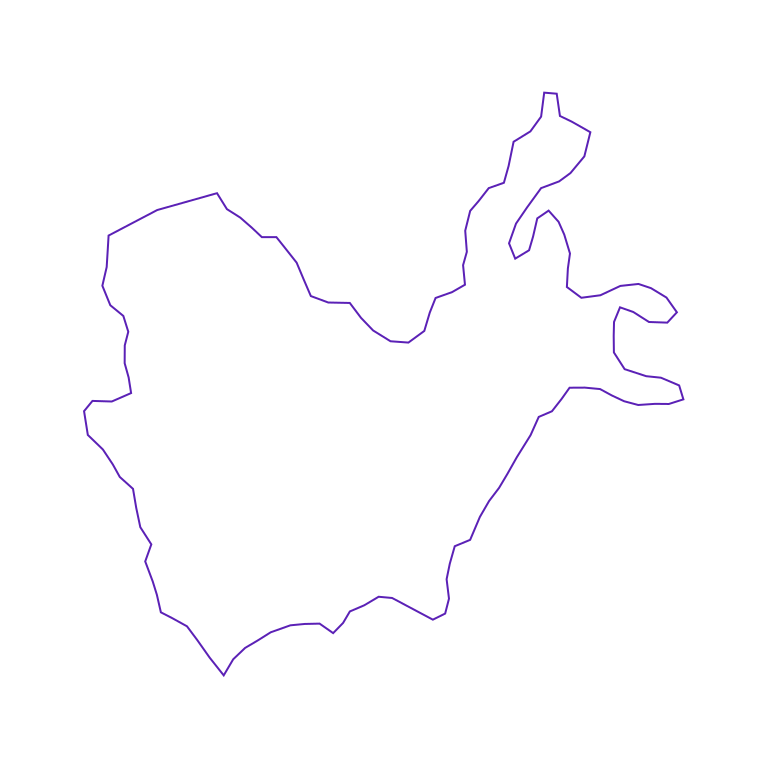 the district of União do Oeste, Santa Catarina, Brazil, rotated 171°
{"feature_id": "56859067B25925090091720", "entity_name": "União do Oeste", "entity_type": "district", "adm_level": 2, "iso_a3": "BRA", "parent_name": "Brazil", "parent_adm1": "Santa Catarina", "projection": "natural_earth1", "projection_center": [-52.874, -26.79], "detail": "fine", "context": "isolated", "style": "outline", "palette": "violet", "viewbox_px": 768, "rotation_deg": 171, "n_neighbors": 0, "source": "geoboundaries", "source_scale": "gbopen_adm2", "svg_char_len": 1877}
<svg xmlns="http://www.w3.org/2000/svg" viewBox="0 0 768 768"><g transform="rotate(171 384 384)"><path d="M632.8,573.7L635.9,559.6L639.6,542.9L646.8,525.1L642.0,504.6L630.8,492.0L628.4,475.6L634.0,462.7L636.9,445.1L635.2,430.4L635.2,414.6L655.6,409.3L674.6,412.9L684.5,404.1L684.5,380.0L671.9,363.3L664.4,346.9L659.5,333.5L648.3,319.7L648.1,300.4L647.1,280.7L638.9,262.0L647.6,246.1L643.3,225.1L641.3,211.3L640.1,193.4L629.7,185.8L616.5,175.5L608.5,160.3L599.0,141.0L587.9,121.3L576.0,135.7L562.4,145.1L549.2,150.3L534.7,156.5L514.2,160.3L499.9,159.4L485.1,157.4L473.2,145.9L461.8,154.4L453.3,164.7L438.2,168.5L422.6,174.7L409.5,171.4L372.6,143.6L359.5,147.7L353.4,161.8L352.7,181.4L347.1,196.3L339.5,212.7L323.3,216.6L310.1,237.7L298.5,252.0L286.6,263.4L276.1,276.0L264.2,291.0L247.2,310.6L236.3,327.3L222.4,330.8L211.0,341.4L201.3,351.3L186.2,349.0L171.4,345.2L160.7,337.0L149.5,329.4L136.2,323.5L119.4,322.0L105.8,319.7L90.7,322.0L92.7,336.4L109.5,346.9L123.8,350.7L144.0,361.0L152.0,379.2L149.6,395.6L147.1,409.3L138.9,422.8L126.5,416.1L112.6,403.8L94.6,400.3L83.5,409.0L91.5,425.2L105.3,436.9L117.0,443.0L135.2,443.9L156.4,437.8L175.6,438.3L188.2,451.2L184.3,469.4L179.9,483.8L182.6,503.4L186.2,516.9L194.3,529.5L206.7,523.6L213.7,506.3L219.8,493.4L234.8,487.3L238.5,503.4L228.5,521.8L214.9,536.2L198.2,552.9L179.4,556.7L166.8,563.2L150.5,577.5L140.8,600.4L157.6,613.8L168.3,621.2L168.0,643.7L180.2,646.7L187.0,623.5L199.9,610.6L218.1,603.0L226.8,579.9L234.1,564.0L249.9,561.1L261.8,550.0L271.8,541.5L279.8,522.7L281.5,501.6L287.3,489.0L288.5,469.4L302.4,464.1L319.6,460.9L327.6,447.4L335.9,430.1L353.4,421.1L370.9,425.2L386.4,438.6L396.4,453.0L405.1,469.4L426.3,473.2L442.5,482.3L446.9,499.6L451.3,517.5L460.5,533.9L467.3,545.9L481.7,548.2L489.9,558.8L499.9,570.8L511.8,581.3L519.1,598.6L580.8,591.3L632.8,573.7Z" fill="none" stroke="#5b21b6" stroke-width="2"/></g></svg>